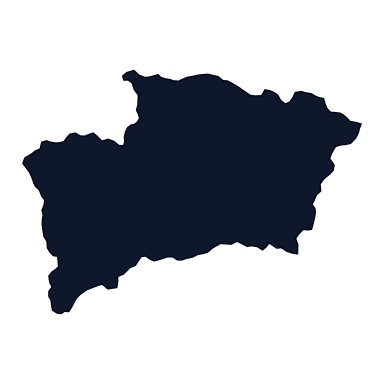 Tombos, Minas Gerais, Brazil
{"feature_id": "56859067B96158848601307", "entity_name": "Tombos", "entity_type": "district", "adm_level": 2, "iso_a3": "BRA", "parent_name": "Brazil", "parent_adm1": "Minas Gerais", "projection": "albers", "projection_center": [-42.069, -20.891], "detail": "fine", "context": "isolated", "style": "filled", "palette": "ink", "viewbox_px": 384, "rotation_deg": 0, "n_neighbors": 0, "source": "geoboundaries", "source_scale": "gbopen_adm2", "svg_char_len": 2506}
<svg xmlns="http://www.w3.org/2000/svg" viewBox="0 0 384 384"><path d="M68.7,311.5L71.6,307.0L74.2,301.9L76.1,298.4L80.0,294.4L86.6,289.7L98.7,285.0L102.5,284.2L107.8,288.8L116.7,287.5L117.6,281.5L117.6,276.4L123.3,274.1L130.0,267.5L135.2,265.4L138.7,260.1L141.3,256.4L145.9,256.0L149.6,258.8L154.1,260.8L159.0,259.5L163.2,258.2L167.3,256.8L172.7,256.8L177.4,259.8L181.5,259.9L186.6,258.2L192.3,257.1L198.2,254.2L202.3,253.6L207.4,252.2L212.6,247.8L220.4,243.4L231.1,244.1L237.1,241.2L243.1,244.1L247.2,246.3L251.3,245.6L257.3,246.5L262.5,249.8L266.0,247.0L269.1,242.8L276.8,248.0L281.6,247.6L286.3,250.9L291.9,252.9L297.5,253.8L297.7,244.8L295.5,238.4L298.8,233.8L303.1,229.4L307.6,229.8L311.4,229.3L312.6,225.1L314.3,218.3L315.2,213.1L315.0,208.8L311.9,204.5L313.8,200.9L316.3,194.9L320.6,191.0L320.0,184.0L324.1,178.5L330.0,173.7L333.1,170.2L334.0,165.1L329.5,158.5L331.6,153.1L335.4,146.5L341.0,144.7L344.9,144.5L350.5,143.3L355.6,138.1L358.3,132.6L359.4,128.2L361.0,124.0L355.7,122.5L349.9,121.5L346.8,118.0L343.7,115.4L340.3,113.3L335.7,112.7L330.3,112.3L326.8,108.3L325.0,104.1L323.5,98.6L318.6,97.7L314.9,96.0L311.5,93.9L306.2,93.0L301.1,91.6L295.3,92.6L293.0,97.7L289.8,102.1L285.2,104.1L280.7,100.6L277.6,95.1L274.0,92.6L269.9,90.8L265.0,89.9L261.7,95.7L255.5,96.1L250.3,95.5L246.4,92.8L241.3,89.3L236.4,86.0L232.2,83.6L227.7,81.1L222.8,80.6L218.2,76.7L213.1,75.6L207.9,74.3L203.1,74.7L198.6,75.2L192.9,76.5L187.0,77.4L183.1,79.2L178.5,81.3L173.5,80.9L169.6,79.6L165.0,78.9L160.7,77.5L158.0,74.7L153.5,76.1L149.1,77.2L145.0,77.6L138.9,75.2L133.9,70.5L126.7,72.7L122.8,76.1L123.8,80.0L128.3,80.0L132.3,82.9L134.3,89.5L138.5,95.2L138.2,99.5L138.0,105.0L136.6,110.0L138.5,114.2L139.7,118.4L137.6,121.9L134.7,124.4L131.0,125.2L127.7,127.6L125.7,131.7L124.4,137.1L124.9,141.7L123.5,145.9L118.7,145.5L114.1,141.6L108.1,139.3L101.9,141.3L96.9,136.2L93.1,133.1L89.2,134.5L84.9,136.2L80.3,136.1L75.4,133.2L69.8,134.3L66.5,138.2L64.1,141.6L59.8,142.9L55.4,143.1L51.0,142.4L46.4,140.9L41.8,142.3L40.2,148.9L35.4,151.0L31.5,154.1L24.9,157.9L23.0,163.4L26.6,168.2L29.7,172.4L32.2,178.0L33.6,182.3L35.5,186.2L39.6,190.3L41.8,196.1L44.9,200.2L44.1,205.3L42.1,210.2L43.3,215.0L42.5,219.2L42.3,224.1L43.1,230.6L44.0,236.4L47.1,241.5L47.5,248.0L50.1,252.2L53.2,255.5L57.8,256.3L58.2,261.3L58.6,266.8L55.7,269.5L52.2,271.9L48.9,276.1L49.9,282.5L52.2,287.0L49.0,291.3L48.9,296.3L51.2,300.5L51.8,305.7L52.6,310.2L57.3,313.1L61.3,313.5L64.5,311.2L68.7,311.5Z" fill="#0f172a" stroke="#020617" stroke-width="1.5"/></svg>